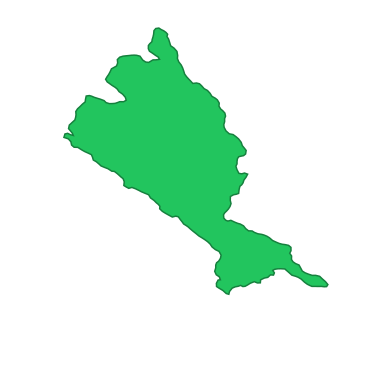 Congonhas do Norte, Minas Gerais, Brazil, rotated 325°
{"feature_id": "56859067B59988172077466", "entity_name": "Congonhas do Norte", "entity_type": "district", "adm_level": 2, "iso_a3": "BRA", "parent_name": "Brazil", "parent_adm1": "Minas Gerais", "projection": "robinson", "projection_center": [-43.683, -18.902], "detail": "fine", "context": "isolated", "style": "filled", "palette": "green", "viewbox_px": 384, "rotation_deg": 325, "n_neighbors": 0, "source": "geoboundaries", "source_scale": "gbopen_adm2", "svg_char_len": 3844}
<svg xmlns="http://www.w3.org/2000/svg" viewBox="0 0 384 384"><g transform="rotate(325 192 192)"><path d="M118.4,73.8L121.2,77.6L121.6,81.4L120.3,84.5L121.1,87.7L124.1,90.0L125.8,94.2L127.4,97.5L129.2,100.5L131.0,103.7L130.5,106.3L129.5,109.2L131.0,112.4L131.9,115.9L132.4,118.4L134.4,121.6L136.5,124.7L138.2,128.9L140.2,130.6L141.3,134.0L141.9,136.5L142.4,138.9L143.2,141.5L142.4,144.7L139.9,147.6L141.0,150.2L142.3,152.7L145.4,153.8L147.6,157.0L149.4,160.2L150.7,162.8L152.6,165.8L154.9,169.4L154.6,173.0L156.1,177.2L156.6,180.3L157.3,182.8L157.5,185.3L155.9,187.2L156.6,190.8L158.0,194.1L159.6,197.4L161.5,201.2L164.9,202.5L166.6,204.5L166.6,207.8L166.8,210.5L166.8,213.4L167.9,215.9L168.8,218.3L169.4,221.1L170.4,224.9L171.5,228.5L172.4,231.9L174.0,235.5L175.4,239.0L176.3,241.7L177.0,245.1L176.9,248.5L178.1,252.6L180.1,256.2L179.6,260.4L177.3,262.6L174.3,263.9L171.5,264.1L169.5,265.5L167.9,267.8L165.1,270.0L164.4,273.7L165.7,277.1L164.9,280.2L162.9,279.1L159.6,280.8L157.9,283.5L159.0,286.3L160.9,290.6L161.8,294.8L163.5,296.9L165.7,295.0L169.8,293.8L173.1,294.5L175.7,295.7L178.3,296.4L179.4,298.6L181.4,299.7L184.0,300.0L187.5,300.2L191.6,301.2L193.4,304.0L195.9,305.6L197.8,303.3L202.0,304.0L205.1,305.4L208.7,304.9L211.1,306.8L213.1,305.5L213.2,302.5L215.5,302.8L218.0,304.0L220.6,305.7L223.9,308.3L225.0,312.7L226.1,317.4L228.7,320.7L230.1,322.8L231.5,326.0L232.4,330.3L233.5,333.6L234.8,336.0L236.1,338.1L238.9,340.1L241.6,342.0L243.9,343.6L246.0,345.5L248.0,346.7L250.2,345.8L249.9,341.9L248.9,337.9L248.2,334.3L245.5,331.2L242.6,329.2L240.5,326.4L238.3,323.1L237.0,320.0L237.4,316.8L237.8,313.2L235.8,310.1L234.7,307.1L234.8,304.3L236.9,301.5L236.9,298.2L239.4,296.9L241.3,294.1L240.5,291.1L238.1,288.5L235.9,286.5L233.9,284.1L232.2,281.4L230.2,278.0L229.2,274.0L228.0,271.2L226.4,268.7L224.9,266.8L222.0,264.0L220.0,261.0L218.9,258.4L216.0,256.2L215.0,252.8L214.8,249.3L213.2,246.0L211.4,243.8L209.7,241.2L207.6,237.5L204.7,236.4L203.4,234.4L203.1,231.6L204.8,228.7L207.0,227.8L209.5,227.4L212.1,226.8L214.8,225.7L217.3,223.9L218.6,220.7L220.9,217.7L224.5,218.1L226.9,219.2L229.4,219.9L232.0,217.0L234.5,214.8L236.9,214.6L239.0,213.8L241.4,212.0L244.7,210.9L247.8,209.3L245.9,206.6L243.1,205.6L241.1,203.6L241.7,199.3L242.8,196.0L245.0,194.8L246.4,192.8L248.3,190.8L250.5,189.9L252.8,190.8L255.1,191.8L257.7,191.6L260.2,189.0L260.0,185.5L259.8,182.9L260.8,179.5L260.6,175.2L259.7,171.7L258.6,168.5L255.9,165.7L254.9,161.5L255.4,157.5L256.7,155.0L259.1,153.1L260.8,150.6L263.0,149.1L264.2,146.2L263.8,143.0L263.1,140.5L263.3,137.2L265.3,134.8L265.6,131.1L264.9,128.6L263.2,125.1L263.4,121.4L262.9,117.7L261.2,114.3L260.8,110.5L260.2,107.6L258.2,105.3L254.9,103.5L254.5,100.2L254.1,97.8L253.7,94.7L253.6,91.2L254.7,87.8L255.5,85.0L256.0,81.8L255.8,77.8L256.6,74.3L258.6,71.9L260.3,68.2L259.8,63.8L258.4,60.0L259.4,56.9L260.5,53.4L260.7,50.2L262.5,48.8L262.2,46.3L261.3,43.7L259.9,41.2L258.9,38.7L256.1,37.3L253.4,38.0L251.1,40.7L248.9,42.7L246.9,44.2L245.3,45.9L242.4,46.3L240.3,47.0L238.4,49.6L237.9,52.3L239.2,55.5L240.5,59.2L241.7,62.0L241.5,64.7L238.0,62.9L235.8,61.4L233.4,61.2L230.9,61.0L228.6,59.0L227.3,55.6L227.3,50.9L225.0,48.2L223.1,46.7L220.9,45.3L218.7,44.1L216.4,42.8L213.5,41.2L210.1,40.1L206.8,40.7L205.1,43.7L202.4,45.5L199.5,45.2L196.7,44.9L193.8,46.6L191.0,48.0L188.7,48.8L185.9,50.1L185.7,53.2L186.6,55.7L187.7,58.9L189.1,62.2L189.8,64.8L189.8,67.9L191.3,72.1L191.7,76.2L190.7,79.1L187.7,78.8L184.7,76.6L182.2,76.0L179.9,75.3L177.5,73.9L175.0,72.2L172.9,69.5L172.4,66.7L170.3,63.6L168.1,60.8L166.2,58.3L164.7,55.9L163.2,54.1L160.4,52.7L158.0,54.9L156.2,56.9L152.5,57.2L149.2,57.8L146.0,58.2L143.0,59.4L141.3,62.2L139.6,64.0L137.4,65.8L133.6,66.3L129.9,66.8L127.2,69.3L127.5,72.2L127.7,75.0L127.2,77.6L125.4,75.5L123.8,72.6L121.2,71.6L118.4,73.8Z" fill="#22c55e" stroke="#15803d" stroke-width="1.5"/></g></svg>